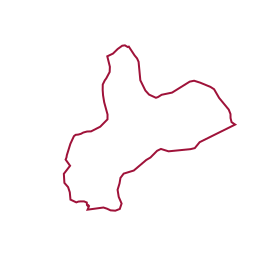 map outline of Amasya (Robinson projection), rotated 139°
{"feature_id": "TUR-2290", "entity_name": "Amasya", "entity_type": "Province", "adm_level": 1, "iso_a3": "TUR", "parent_name": "Turkey", "parent_adm1": "", "projection": "robinson", "projection_center": [35.812, 40.638], "detail": "fine", "context": "isolated", "style": "outline", "palette": "rose", "viewbox_px": 256, "rotation_deg": 139, "n_neighbors": 0, "source": "natural_earth", "source_scale": "10m", "svg_char_len": 1157}
<svg xmlns="http://www.w3.org/2000/svg" viewBox="0 0 256 256"><g transform="rotate(139 128 128)"><path d="M44.9,60.3L83.2,70.3L90.8,69.0L94.8,71.1L112.7,83.8L116.9,90.6L121.0,91.7L130.4,91.0L135.2,91.9L151.5,92.1L161.2,96.4L166.4,95.3L170.8,91.7L176.4,88.2L180.2,82.1L182.4,75.2L187.3,72.3L191.8,73.9L195.2,77.3L196.8,80.9L198.7,84.1L212.1,92.9L208.6,94.7L208.6,95.7L209.5,95.7L209.5,96.8L208.0,98.8L209.3,101.4L211.9,103.7L213.7,105.0L215.8,105.8L218.4,111.7L214.1,117.7L212.0,122.7L212.0,128.3L206.5,135.5L196.5,137.5L195.8,145.1L194.8,145.6L193.8,146.1L192.0,147.6L181.8,153.9L174.2,157.3L172.0,157.2L169.9,155.7L167.4,154.5L164.7,153.9L161.2,152.2L158.1,149.7L148.1,147.2L137.8,148.0L134.6,151.6L129.1,163.0L125.4,169.0L122.1,173.4L118.5,177.4L114.2,179.2L111.9,179.7L105.1,182.3L101.5,186.1L96.6,195.7L90.5,194.0L84.0,194.4L78.4,193.9L76.1,192.4L75.1,189.3L74.0,188.9L75.4,178.5L75.5,174.6L76.6,171.0L87.4,155.9L90.3,144.9L90.2,139.4L87.1,132.5L85.1,131.7L80.8,131.0L71.5,125.8L51.0,122.5L47.1,120.3L43.8,114.9L38.8,104.9L37.6,100.8L39.5,90.9L39.9,75.8L41.5,71.3L44.1,68.2L46.0,64.5L44.9,60.3Z" fill="none" stroke="#9f1239" stroke-width="2"/></g></svg>